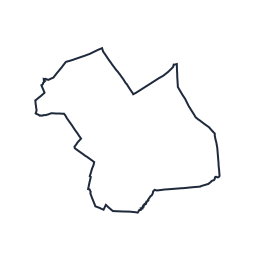 outline of Jaunlaicenes pag., Aluksne, Latvia, rotated 331°
{"feature_id": "27541924B93978153905592", "entity_name": "Jaunlaicenes pag.", "entity_type": "district", "adm_level": 2, "iso_a3": "LVA", "parent_name": "Latvia", "parent_adm1": "Aluksne", "projection": "orthographic", "projection_center": [26.875, 57.536], "detail": "fine", "context": "isolated", "style": "outline", "palette": "slate", "viewbox_px": 256, "rotation_deg": 331, "n_neighbors": 0, "source": "geoboundaries", "source_scale": "gbopen_adm2", "svg_char_len": 4876}
<svg xmlns="http://www.w3.org/2000/svg" viewBox="0 0 256 256"><g transform="rotate(331 128 128)"><path d="M78.4,44.5L78.1,44.2L77.4,45.7L78.1,46.7L76.4,47.2L75.6,47.4L75.2,48.1L74.1,48.6L73.0,48.6L72.1,56.7L68.1,57.6L67.2,57.8L65.2,58.1L63.1,58.5L61.6,58.8L60.3,58.9L59.8,60.2L59.7,60.3L59.6,60.6L59.2,61.5L58.8,62.3L58.4,63.6L57.7,65.2L57.5,65.8L56.9,67.5L56.5,68.4L55.0,69.8L54.3,70.5L55.3,71.9L56.1,73.0L56.5,73.8L56.9,74.5L57.0,74.5L57.2,74.4L57.3,74.5L57.5,74.6L57.8,74.8L58.0,75.0L58.3,75.1L58.6,75.4L58.9,75.6L59.5,75.8L60.0,75.8L60.2,75.7L60.4,75.8L60.7,76.0L61.1,76.2L61.5,76.5L61.8,76.6L63.1,77.0L65.3,77.5L68.1,77.9L69.4,78.7L71.1,79.8L72.3,80.6L75.7,82.5L77.5,83.7L78.9,84.4L79.3,86.6L79.3,87.6L79.4,88.1L79.2,88.7L79.3,89.7L79.7,93.6L79.9,95.1L80.2,97.8L80.4,100.2L80.5,102.1L80.8,105.1L81.0,106.5L81.1,107.2L81.2,108.2L81.3,109.8L81.4,111.0L81.6,112.9L81.7,113.7L81.8,114.5L81.2,114.7L76.8,116.2L76.5,116.3L75.2,117.1L72.1,118.4L71.7,120.0L73.6,124.1L75.5,128.0L76.4,129.9L76.8,130.9L77.4,132.1L78.0,133.0L79.9,137.0L80.8,139.0L81.9,141.4L81.4,141.9L80.3,143.3L78.9,144.5L77.5,145.6L77.0,146.0L76.3,146.7L75.3,147.6L74.9,148.1L74.7,148.3L72.7,150.2L71.2,151.6L71.7,152.8L70.7,153.9L67.5,157.4L64.6,160.8L63.5,162.1L64.6,163.0L64.4,165.8L63.4,166.9L63.1,168.8L62.6,172.0L62.3,174.7L62.1,176.2L62.0,177.0L61.7,179.5L61.5,180.7L64.6,184.3L64.9,184.9L67.0,187.6L67.7,187.1L71.4,184.5L72.1,186.8L72.4,187.7L72.7,188.6L73.7,191.2L74.0,192.1L74.3,192.7L74.5,193.3L77.7,195.3L77.9,195.4L84.0,199.1L88.5,201.7L91.0,203.4L94.3,205.7L95.4,206.7L96.4,206.3L97.9,205.3L98.3,205.1L98.5,205.3L99.3,205.8L99.4,205.6L99.7,205.5L99.6,205.2L100.0,205.0L100.5,205.2L100.9,205.2L101.2,205.3L101.2,205.2L101.1,204.9L101.5,205.1L101.8,205.1L101.8,204.8L101.8,204.5L102.2,204.3L102.5,204.4L102.7,204.5L102.9,204.5L102.8,204.1L103.1,204.0L103.4,203.9L103.5,203.9L103.4,203.4L103.6,203.3L104.0,203.3L104.1,203.1L104.3,203.1L104.6,203.2L105.0,202.8L105.2,202.7L105.2,202.8L105.2,203.1L105.3,203.1L105.7,203.0L105.9,203.0L106.0,203.0L106.4,202.8L106.6,202.8L106.7,203.1L107.1,203.0L107.3,202.8L107.6,202.3L107.6,202.0L107.7,201.8L107.9,201.7L108.2,201.7L108.6,201.3L108.8,201.4L108.9,201.6L109.0,201.6L109.1,201.4L109.3,201.4L109.4,201.5L109.5,201.5L109.6,201.4L109.8,201.3L110.0,201.3L110.0,201.2L110.4,201.0L110.7,201.1L110.8,201.0L111.0,200.9L111.1,200.6L110.9,200.4L111.0,200.3L111.5,200.1L111.9,199.9L112.5,199.6L113.0,199.4L113.8,199.0L114.7,198.5L115.7,198.5L116.3,198.3L116.9,197.9L117.9,197.2L118.2,197.0L118.9,196.0L119.2,195.8L120.0,195.3L120.5,195.3L120.7,195.2L120.8,195.2L121.0,195.2L121.3,195.2L121.5,195.1L122.7,196.5L126.5,198.1L129.9,199.4L133.9,201.3L137.9,203.1L142.5,205.2L142.9,205.4L144.9,206.3L145.6,206.6L146.9,207.3L154.6,210.6L162.9,214.3L163.6,214.2L168.1,215.2L171.4,215.9L171.5,215.9L171.9,215.7L172.0,215.7L172.7,215.6L173.5,215.5L174.2,215.4L175.0,215.0L175.4,214.9L176.5,215.0L177.5,215.2L178.2,215.2L178.6,214.9L179.3,214.5L180.0,213.5L180.4,213.2L181.1,213.2L181.7,213.6L181.9,214.1L182.2,214.5L182.6,214.7L183.5,214.9L184.3,214.6L184.6,214.3L184.8,214.3L184.9,214.2L185.9,212.0L187.1,209.4L188.2,206.7L189.7,203.4L189.9,203.0L190.5,201.9L191.5,199.6L193.3,195.6L196.2,189.2L196.6,188.2L196.7,187.9L197.5,185.6L197.8,184.7L198.1,183.9L198.5,182.5L198.8,181.0L199.1,180.2L200.1,176.9L200.5,176.2L200.9,175.5L201.2,174.9L200.6,172.8L200.6,172.3L200.3,171.7L200.1,170.7L199.7,168.9L199.6,168.5L199.4,167.5L199.4,167.0L198.7,165.5L196.3,160.5L196.2,160.1L195.7,159.1L194.7,156.7L194.2,155.7L193.6,154.5L193.1,153.3L192.6,152.0L192.4,151.6L192.3,150.7L192.3,149.9L192.3,148.5L192.2,146.6L192.1,145.4L191.9,142.1L191.9,140.4L191.7,139.1L191.9,134.2L192.1,130.1L191.7,125.4L191.7,124.6L191.6,122.0L191.6,121.9L191.5,116.3L195.0,109.0L196.2,106.5L197.3,104.5L199.3,100.3L199.9,99.2L201.1,96.9L201.7,95.7L200.9,95.5L199.9,95.3L199.3,95.1L198.7,94.7L197.2,96.4L196.5,96.6L194.7,97.2L192.8,97.7L190.2,98.4L184.7,99.3L183.3,99.4L182.7,99.4L182.4,99.4L179.2,99.4L174.4,99.7L172.9,99.8L168.2,100.1L158.4,100.7L155.3,100.9L153.6,101.0L153.2,101.0L151.9,101.1L148.9,101.0L149.0,99.8L148.9,98.7L148.7,97.0L148.6,96.0L148.4,93.3L148.2,89.1L148.2,88.9L147.8,87.9L147.5,82.8L147.4,82.0L147.2,80.4L147.0,78.6L146.9,78.1L146.9,77.2L146.6,75.8L146.3,73.5L145.8,71.6L145.7,70.8L145.3,67.6L144.9,65.0L144.7,62.5L144.4,60.3L144.3,59.7L144.0,56.4L143.9,55.2L143.8,53.8L143.7,52.6L143.6,51.7L143.5,50.9L143.3,49.1L144.0,45.6L140.6,45.2L137.8,45.0L133.9,44.8L129.9,44.6L128.5,44.3L125.0,43.8L121.8,43.2L121.1,43.1L115.0,42.0L113.0,41.7L109.2,40.9L107.7,40.5L107.2,40.4L106.5,40.2L105.6,40.1L102.8,41.3L102.5,41.4L101.6,41.8L100.1,42.5L99.5,42.8L97.8,43.4L95.1,44.5L94.0,44.9L91.7,45.8L90.1,46.5L87.7,47.5L87.2,47.8L86.3,47.7L85.3,47.5L82.8,47.4L81.5,47.2L80.9,46.4L80.1,45.6L79.8,45.1L79.7,45.0L79.6,44.9L79.2,44.8L78.4,44.5Z" fill="none" stroke="#1e293b" stroke-width="2"/></g></svg>